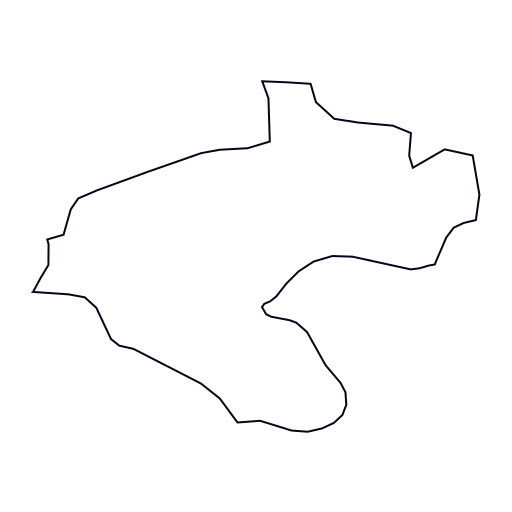 Bobonaro, Equal Earth projection, rotated 271°
{"feature_id": "TLS-547", "entity_name": "Bobonaro", "entity_type": "District", "adm_level": 1, "iso_a3": "TLS", "parent_name": "East Timor", "parent_adm1": "", "projection": "equal_earth", "projection_center": [125.15, -8.979], "detail": "fine", "context": "isolated", "style": "outline", "palette": "ink", "viewbox_px": 512, "rotation_deg": 271, "n_neighbors": 0, "source": "natural_earth", "source_scale": "10m", "svg_char_len": 1010}
<svg xmlns="http://www.w3.org/2000/svg" viewBox="0 0 512 512"><g transform="rotate(271 256 256)"><path d="M108.9,348.9L98.6,345.2L90.5,336.8L84.7,324.9L81.2,310.7L82.1,294.7L91.3,263.0L89.2,240.4L112.9,222.3L127.5,203.2L161.0,135.1L164.0,120.8L170.4,112.5L201.5,97.2L211.7,85.5L214.4,69.1L216.2,33.7L216.3,33.8L229.7,40.7L243.4,48.6L264.0,48.4L268.9,47.0L273.9,63.2L299.5,70.0L310.5,77.3L319.0,96.2L338.4,146.6L357.9,199.4L361.6,217.9L363.6,245.6L370.7,267.8L413.9,265.7L430.8,259.2L430.2,284.4L429.1,307.6L410.9,313.2L394.5,331.9L391.2,356.0L388.7,390.5L381.6,408.8L359.0,407.4L347.0,411.3L365.9,442.8L360.3,470.9L321.2,478.3L295.8,475.2L292.6,462.9L287.8,453.2L277.8,445.9L254.3,436.3L250.6,434.9L249.6,429.5L246.6,419.7L245.3,411.0L257.0,352.5L257.3,332.3L251.5,313.8L241.4,298.9L228.9,286.8L215.9,277.0L210.9,270.9L208.3,265.1L205.0,262.9L197.9,267.2L195.5,272.5L192.4,290.6L190.1,297.4L180.8,308.4L148.0,327.5L130.4,342.9L121.3,347.8L108.9,348.9Z" fill="none" stroke="#020617" stroke-width="2"/></g></svg>